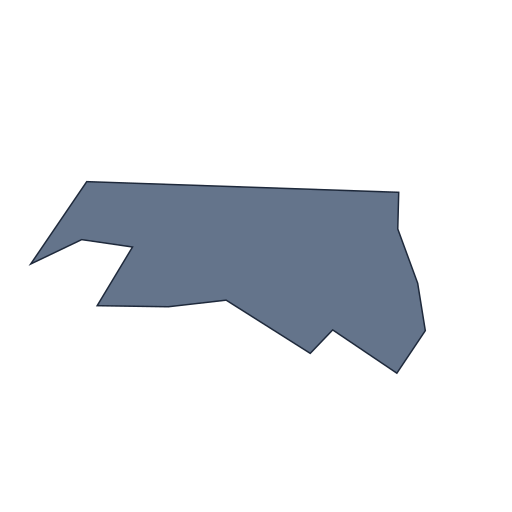 the border of Blowing Point, rotated 214°
{"feature_id": "AIA-5114", "entity_name": "Blowing Point", "entity_type": "District", "adm_level": 1, "iso_a3": "AIA", "parent_name": "Anguilla", "parent_adm1": "", "projection": "mercator", "projection_center": [-63.087, 18.194], "detail": "fine", "context": "isolated", "style": "filled", "palette": "slate", "viewbox_px": 512, "rotation_deg": 214, "n_neighbors": 0, "source": "natural_earth", "source_scale": "10m", "svg_char_len": 349}
<svg xmlns="http://www.w3.org/2000/svg" viewBox="0 0 512 512"><g transform="rotate(214 256 256)"><path d="M437.9,223.0L173.3,388.6L153.6,357.7L106.7,323.8L73.9,288.8L73.7,237.6L151.1,237.6L156.6,205.6L256.1,202.7L300.3,164.9L359.9,126.0L363.4,194.4L409.7,172.1L438.3,123.4L437.9,223.0Z" fill="#64748b" stroke="#1e293b" stroke-width="1.5"/></g></svg>